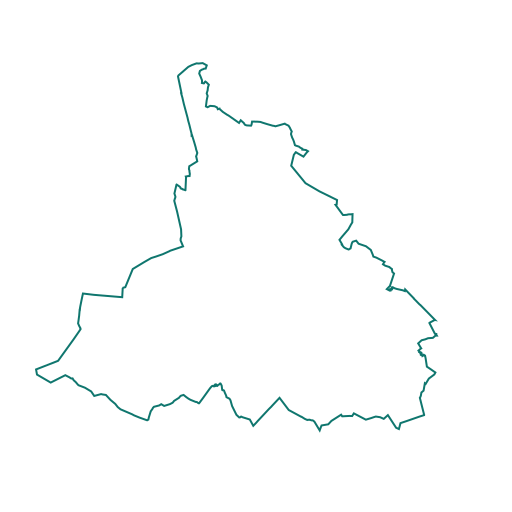 the district of Mālpils pag., Malpils, Latvia, rotated 10°
{"feature_id": "27541924B96733922651524", "entity_name": "Mālpils pag.", "entity_type": "district", "adm_level": 2, "iso_a3": "LVA", "parent_name": "Latvia", "parent_adm1": "Malpils", "projection": "mercator", "projection_center": [24.972, 57.014], "detail": "fine", "context": "isolated", "style": "outline", "palette": "teal", "viewbox_px": 512, "rotation_deg": 10, "n_neighbors": 0, "source": "geoboundaries", "source_scale": "gbopen_adm2", "svg_char_len": 5909}
<svg xmlns="http://www.w3.org/2000/svg" viewBox="0 0 512 512"><g transform="rotate(10 256 256)"><path d="M449.2,383.5L449.2,383.3L444.7,373.3L442.0,367.2L442.3,366.4L442.6,365.0L442.6,363.1L442.6,362.0L442.6,361.9L442.6,361.7L444.4,359.5L444.4,352.0L445.3,352.5L447.5,346.7L452.2,341.7L452.9,339.6L448.0,337.3L443.5,335.3L440.8,327.3L439.8,324.8L438.8,324.9L438.4,324.9L438.7,324.4L438.6,324.2L438.3,324.1L438.0,324.4L437.9,324.5L437.3,324.9L437.5,325.3L437.3,325.5L437.1,325.0L435.8,324.9L435.4,324.7L435.2,323.9L435.2,323.3L435.3,323.2L435.6,323.1L436.1,323.5L436.1,323.1L435.9,322.9L435.6,322.5L435.4,322.4L435.1,322.5L434.8,322.3L434.6,322.5L434.7,322.9L434.5,323.0L433.8,322.3L433.4,322.3L433.3,321.5L433.2,321.3L432.5,321.1L432.4,321.0L434.4,318.5L434.7,318.3L430.9,313.9L433.6,310.4L433.8,310.2L437.3,308.6L439.7,307.1L444.4,305.9L446.5,303.3L447.9,303.0L447.2,302.2L447.1,301.5L445.7,301.5L438.4,291.9L438.4,291.7L443.2,287.9L443.4,287.9L426.2,275.6L425.8,275.5L425.5,275.3L418.8,270.5L418.8,270.3L408.7,263.0L408.7,264.7L407.0,264.4L406.8,264.3L400.3,264.0L398.1,263.7L396.0,263.0L395.1,263.3L395.2,263.5L395.2,263.8L395.5,264.4L395.7,264.0L395.8,264.0L395.9,264.6L395.7,264.8L395.8,265.2L395.7,265.4L394.7,266.1L394.1,265.3L393.8,265.3L393.7,265.5L393.6,266.1L393.7,266.3L394.1,266.8L393.8,266.9L390.6,265.9L393.1,262.2L395.0,249.3L393.2,248.2L392.3,246.2L392.2,245.3L389.4,243.9L389.3,243.7L384.9,243.1L382.5,242.1L383.2,240.2L383.6,239.5L380.7,238.5L374.8,236.7L371.7,236.2L370.8,234.5L368.0,230.1L362.6,227.3L354.9,226.1L352.0,223.5L348.9,225.1L348.4,225.9L348.1,227.5L347.8,232.1L346.8,232.9L346.2,233.5L345.9,233.5L342.7,232.8L341.0,232.1L338.5,230.0L338.8,229.6L335.4,225.6L337.8,221.3L342.3,213.7L344.1,208.4L345.0,206.2L343.8,198.0L342.1,198.5L339.6,199.0L338.5,199.6L335.4,200.4L334.5,200.5L325.4,191.8L326.5,191.3L326.1,186.8L307.2,181.3L292.1,175.7L275.0,161.0L275.7,149.8L277.1,146.9L277.6,147.0L277.8,147.0L278.0,147.2L285.5,149.9L287.9,145.4L289.0,143.8L286.8,143.0L285.7,143.0L283.1,143.2L283.0,142.3L280.9,141.7L279.2,140.8L276.1,140.4L275.1,140.1L273.5,136.8L272.3,134.8L271.1,133.2L269.4,130.1L269.3,129.8L269.3,129.2L269.4,128.2L269.6,127.2L268.1,125.3L267.0,123.7L265.4,122.0L261.5,120.9L261.3,120.7L256.0,123.3L252.6,124.9L251.1,124.7L250.0,124.8L244.3,124.2L239.5,123.6L237.1,123.2L233.9,123.5L228.8,124.3L228.8,127.5L228.5,128.5L224.2,129.0L222.6,128.8L221.3,127.7L220.9,127.1L220.5,126.9L217.4,125.0L216.2,127.9L204.5,122.4L203.2,122.0L198.4,119.9L194.7,117.6L194.5,117.2L192.9,118.1L191.9,116.5L189.6,115.8L189.1,115.7L184.8,116.1L182.5,117.9L180.7,117.4L180.4,111.0L180.5,108.0L180.6,106.8L179.2,104.4L179.5,102.0L179.6,101.3L179.4,98.2L179.8,95.5L177.1,93.6L175.8,93.0L175.3,93.7L174.9,94.9L174.7,95.1L172.7,95.0L172.7,94.3L172.3,92.3L170.3,89.0L168.4,86.2L168.6,83.5L170.3,81.9L171.7,81.1L172.4,80.5L173.9,80.2L174.4,76.8L170.0,75.3L166.1,76.4L164.0,76.6L159.7,79.1L156.5,81.5L148.3,91.6L148.2,91.8L148.0,92.7L154.1,108.0L153.9,108.0L153.8,108.3L156.0,112.8L158.5,118.7L160.7,123.4L164.9,132.4L164.9,132.6L166.0,135.1L167.6,138.4L169.8,143.4L171.2,146.5L171.7,148.6L172.1,148.3L175.2,154.3L177.8,159.6L178.5,161.4L180.3,164.7L180.0,166.8L179.8,168.0L179.7,168.2L180.8,170.7L181.7,173.0L180.0,174.5L174.7,179.2L174.8,181.7L175.0,182.4L175.6,183.4L175.8,184.4L176.6,186.7L176.7,188.8L175.2,189.1L173.1,189.9L173.4,190.4L174.9,201.9L175.1,203.4L175.0,203.5L172.9,203.1L172.6,203.2L171.7,202.7L171.2,202.8L170.7,202.7L170.1,202.5L169.9,202.2L170.0,202.1L169.7,201.9L169.4,201.4L168.9,201.0L165.4,199.4L165.3,199.5L164.8,208.6L166.3,211.5L166.4,211.8L166.3,213.0L166.2,213.1L165.9,215.8L170.5,225.8L171.8,228.9L177.6,242.8L179.1,249.6L178.8,251.9L179.0,253.7L182.5,259.2L170.6,265.7L169.9,266.3L163.9,270.4L157.6,273.9L153.2,276.2L147.2,281.2L136.9,290.2L132.7,309.4L130.1,310.6L130.3,310.6L131.4,319.8L103.0,322.4L92.1,323.0L91.9,328.1L91.7,336.0L91.7,338.1L91.8,338.2L91.9,339.8L91.7,339.8L92.2,345.4L92.4,350.1L92.5,353.3L94.1,355.7L95.7,357.7L95.6,358.1L95.9,358.6L94.8,361.1L90.8,369.8L79.3,393.6L59.1,405.9L60.9,410.8L75.8,416.3L88.9,406.5L93.4,407.9L94.9,408.6L95.7,408.7L96.6,408.4L98.0,410.0L100.4,411.5L102.9,413.6L103.7,414.1L110.4,415.4L117.2,418.0L121.0,421.9L127.4,418.9L129.0,419.0L132.3,418.9L137.7,423.0L143.1,426.1L146.1,428.8L149.2,430.5L161.5,433.4L163.5,434.1L169.5,435.4L177.3,436.7L178.4,435.8L178.5,433.5L179.3,427.2L180.5,424.7L180.9,423.4L181.7,422.2L186.6,420.0L188.4,418.4L191.6,419.6L197.0,416.8L199.2,415.1L199.5,414.8L200.5,412.9L204.8,409.0L205.6,407.5L206.4,406.6L208.8,405.4L211.7,407.0L214.2,408.2L216.4,409.0L222.0,410.2L222.6,410.1L223.4,410.2L224.3,410.7L225.4,411.0L225.6,410.8L228.6,404.8L233.7,394.2L235.1,391.9L236.2,391.3L236.4,391.4L236.7,391.6L236.9,391.7L237.6,391.6L238.4,391.2L238.5,391.0L238.4,390.8L238.0,390.5L237.8,390.2L238.1,389.6L238.6,389.4L239.1,389.4L239.5,389.8L239.7,390.5L239.8,390.7L240.2,390.8L240.4,390.7L240.6,390.5L240.9,389.8L241.9,389.0L242.2,388.6L242.6,387.9L243.0,387.7L243.3,387.8L244.7,389.6L245.9,393.5L246.1,393.9L246.4,394.0L247.0,393.8L247.5,393.9L247.9,394.1L249.0,396.0L250.8,398.6L251.4,400.1L251.6,400.2L253.2,400.7L254.6,401.1L254.8,401.3L255.9,402.5L258.5,407.9L264.3,415.8L267.5,417.9L268.3,417.7L269.2,416.7L269.3,416.7L270.6,417.1L278.3,418.1L282.8,423.7L285.4,419.8L286.1,418.6L295.0,404.9L296.1,403.3L297.2,401.8L297.4,401.5L297.4,401.4L303.8,391.6L315.0,402.0L328.5,406.5L328.7,406.4L332.3,407.9L335.0,408.6L335.7,408.2L336.6,408.2L337.2,407.9L339.0,408.2L339.4,408.2L340.3,408.0L341.1,408.3L341.7,408.7L342.2,408.9L342.9,409.7L349.0,416.7L349.4,414.4L349.6,413.3L350.0,411.5L356.4,409.2L358.9,405.3L367.4,397.5L368.7,398.9L368.8,398.9L375.7,397.3L378.5,396.9L379.7,394.0L392.6,398.1L397.6,395.6L400.1,394.2L401.9,393.3L406.2,393.2L410.1,394.2L413.5,389.8L423.8,400.8L426.8,401.6L427.3,395.5L433.0,392.4L445.0,385.7L449.2,383.5Z" fill="none" stroke="#0f766e" stroke-width="2"/></g></svg>